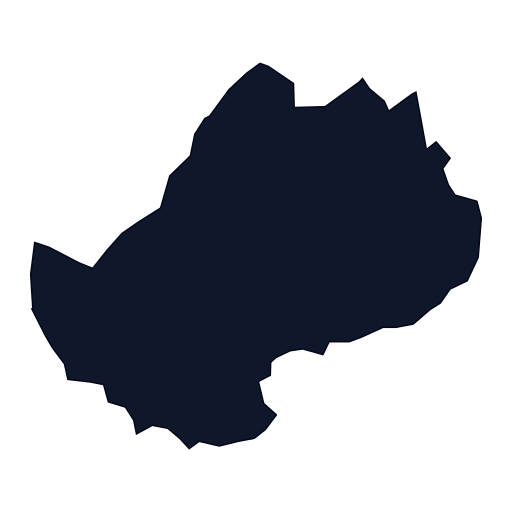 Thrinia, Paphos, Cyprus (Equal Earth projection)
{"feature_id": "46923920B18450793739179", "entity_name": "Thrinia", "entity_type": "district", "adm_level": 2, "iso_a3": "CYP", "parent_name": "Cyprus", "parent_adm1": "Paphos", "projection": "equal_earth", "projection_center": [32.52, 34.911], "detail": "fine", "context": "isolated", "style": "filled", "palette": "ink", "viewbox_px": 512, "rotation_deg": 0, "n_neighbors": 0, "source": "geoboundaries", "source_scale": "gbopen_adm2", "svg_char_len": 1102}
<svg xmlns="http://www.w3.org/2000/svg" viewBox="0 0 512 512"><path d="M31.9,309.0L35.1,315.4L45.4,335.7L52.5,347.8L64.4,363.8L66.0,370.7L67.9,379.4L90.5,382.0L103.6,384.6L108.4,401.9L125.4,407.1L133.7,420.1L136.5,433.9L152.3,425.3L167.8,428.3L179.7,438.3L189.2,448.6L199.1,441.3L219.3,446.0L238.3,441.3L254.2,438.3L265.3,429.6L276.3,415.0L276.0,414.5L263.7,403.5L258.4,381.5L270.3,375.2L270.7,362.3L276.0,357.5L290.0,350.8L302.7,348.9L322.9,354.6L329.1,341.7L349.2,341.7L362.0,336.9L383.0,327.3L396.2,327.3L413.3,324.0L430.0,309.6L440.5,302.9L450.1,289.0L467.2,280.8L478.2,257.4L481.3,218.1L476.9,201.3L455.0,195.1L448.4,185.0L442.7,168.7L450.1,158.2L436.1,141.9L426.4,149.6L421.2,120.8L415.9,92.1L411.5,94.5L388.7,111.2L384.3,101.2L369.4,88.7L362.5,78.5L359.3,82.0L325.1,106.7L294.2,107.5L293.5,83.5L268.2,66.3L260.0,63.4L246.9,73.0L229.1,89.5L209.7,116.0L204.9,118.4L194.8,134.2L190.4,155.8L169.8,175.9L160.6,208.0L138.6,221.9L122.0,233.4L107.5,249.7L92.6,268.4L78.5,262.6L49.1,247.3L34.7,242.5L30.7,274.1L31.6,289.9L32.9,309.1L31.9,309.0Z" fill="#0f172a" stroke="#020617" stroke-width="1.5"/></svg>